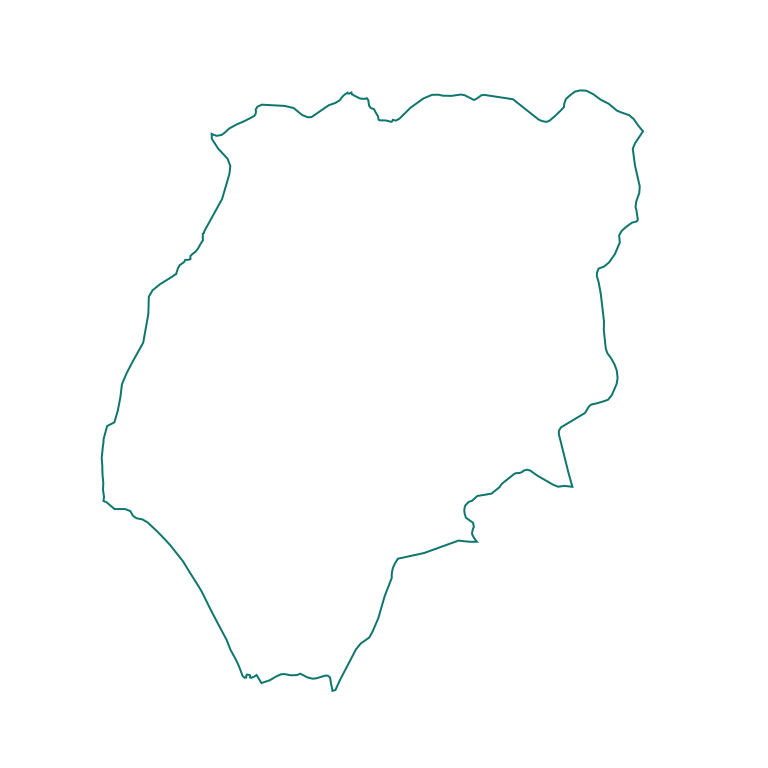 Carasova, Caras-Severin, Romania (Equal Earth projection), rotated 261°
{"feature_id": "2599482B41330185551696", "entity_name": "Carasova", "entity_type": "district", "adm_level": 2, "iso_a3": "ROU", "parent_name": "Romania", "parent_adm1": "Caras-Severin", "projection": "equal_earth", "projection_center": [21.908, 45.181], "detail": "fine", "context": "isolated", "style": "outline", "palette": "teal", "viewbox_px": 768, "rotation_deg": 261, "n_neighbors": 0, "source": "geoboundaries", "source_scale": "gbopen_adm2", "svg_char_len": 4551}
<svg xmlns="http://www.w3.org/2000/svg" viewBox="0 0 768 768"><g transform="rotate(261 384 384)"><path d="M642.1,629.6L643.3,623.6L642.9,618.2L640.4,613.5L637.2,608.5L636.9,608.3L635.2,607.2L633.3,606.2L631.3,605.5L629.3,605.0L626.7,601.6L624.2,598.1L621.8,594.6L619.6,591.0L618.0,588.3L617.5,585.5L618.1,583.5L618.9,581.5L620.0,579.6L621.3,577.8L645.1,555.9L654.0,527.8L653.9,525.1L652.8,523.2L651.9,521.3L651.1,519.4L650.4,517.4L656.7,508.7L657.9,505.1L658.0,495.8L659.6,487.0L661.2,483.1L662.1,476.7L659.9,467.7L652.7,453.4L648.2,447.1L643.7,440.8L642.3,436.9L643.5,434.0L642.7,433.5L641.9,432.9L641.9,431.7L643.4,428.7L644.3,425.8L644.7,423.0L645.3,420.6L646.1,420.0L647.4,420.0L648.5,420.0L649.0,420.0L649.6,419.9L652.8,418.5L657.0,417.1L657.8,415.7L658.6,414.2L661.2,412.8L666.8,412.9L669.0,411.7L668.6,410.8L668.9,408.4L669.3,406.2L669.8,405.2L670.3,404.1L671.9,402.0L673.2,400.0L674.7,398.4L675.1,397.6L676.0,397.6L677.0,397.4L676.6,396.2L676.2,395.4L676.5,394.5L676.7,393.6L677.4,393.5L676.3,391.0L675.5,389.6L674.5,388.2L673.5,387.0L672.3,385.8L671.7,385.2L671.1,384.6L669.2,379.9L668.0,373.2L666.1,369.1L659.0,354.2L659.3,350.6L662.4,345.3L670.7,337.9L674.2,329.4L679.0,307.0L677.7,302.4L675.2,300.2L674.2,300.2L673.1,300.1L672.1,299.9L671.1,299.5L670.6,299.3L669.1,297.8L667.4,293.1L665.9,288.5L664.6,283.8L663.4,279.0L660.6,271.2L659.2,269.1L657.8,267.0L656.5,264.8L655.4,262.6L655.3,257.5L656.8,254.7L658.0,252.9L653.1,252.3L642.5,257.0L630.8,264.8L623.3,266.3L615.7,264.2L592.0,253.0L563.0,230.4L561.4,229.9L560.9,228.6L557.7,228.0L554.3,227.7L551.2,224.8L547.2,221.8L544.2,218.6L542.4,215.2L540.8,212.9L538.8,212.4L537.6,212.3L537.3,209.8L537.7,207.1L535.7,205.6L533.2,200.5L532.2,200.0L530.6,198.6L529.1,197.9L526.6,196.6L525.0,195.8L524.5,194.0L523.9,193.2L517.5,178.2L512.8,170.1L507.1,165.4L490.0,162.2L462.4,152.6L445.9,139.6L434.7,131.3L424.7,125.1L420.4,123.9L412.0,121.5L398.8,116.7L391.5,113.2L388.3,111.7L385.8,104.0L382.4,102.4L373.6,98.5L369.9,97.7L366.1,96.5L362.2,95.5L355.1,93.6L346.4,92.9L344.2,92.5L337.4,91.7L330.3,91.3L323.4,89.9L316.2,89.8L312.3,88.6L310.7,91.4L302.6,98.3L301.0,108.7L298.1,113.6L293.2,115.4L290.2,118.4L288.0,124.3L284.1,129.0L279.2,132.8L274.0,136.8L268.6,140.7L263.2,144.4L257.6,148.0L240.2,157.8L229.2,162.3L223.9,164.6L213.4,169.1L208.0,171.3L186.3,178.1L172.7,182.7L159.1,187.4L156.3,188.4L151.1,189.6L145.8,190.7L134.3,194.8L127.5,196.7L117.6,198.7L116.6,199.6L115.6,200.5L115.7,202.0L116.6,202.3L117.6,202.3L118.4,203.1L117.9,204.9L117.3,206.0L115.8,206.0L115.3,205.7L114.5,206.9L115.0,208.3L115.0,209.5L116.5,212.6L107.8,216.2L109.3,225.0L111.8,231.1L113.4,236.8L113.1,240.2L110.8,246.7L110.1,252.6L111.0,255.9L108.7,259.1L106.3,262.3L104.1,267.4L103.9,271.2L105.2,280.5L104.9,281.8L104.6,283.0L102.6,284.8L96.6,284.8L92.8,285.0L89.0,285.1L89.4,288.2L98.8,294.4L126.4,314.9L131.3,320.4L135.9,329.8L141.6,334.2L153.7,341.8L174.4,351.5L191.2,361.3L193.9,361.7L196.6,362.4L199.2,363.3L201.7,364.5L203.4,365.6L205.6,367.2L207.5,368.8L209.3,370.5L210.8,397.1L217.7,433.1L216.4,437.6L215.3,442.0L215.2,442.2L214.3,446.6L213.7,451.1L215.7,449.9L217.8,448.9L220.0,448.1L222.3,447.5L224.0,448.0L225.7,448.6L227.3,449.4L228.8,450.4L233.0,450.2L239.0,444.1L242.9,443.4L244.0,443.4L245.1,443.4L246.2,443.5L247.3,443.7L248.3,444.0L249.3,444.3L250.3,444.8L251.3,445.3L254.3,449.2L254.9,452.7L258.8,458.7L258.9,473.0L264.2,482.2L265.2,483.0L266.1,483.8L266.9,484.8L267.6,485.8L274.9,498.7L275.3,500.7L275.1,501.9L275.0,503.0L275.0,504.2L275.1,505.3L275.4,506.4L276.6,508.5L277.0,511.8L275.7,514.8L269.1,521.6L258.1,535.2L255.3,539.9L255.2,546.0L253.0,554.0L267.4,552.3L303.4,549.2L304.6,549.0L305.7,548.9L307.0,548.9L308.2,549.0L309.4,549.2L310.6,549.5L313.5,552.0L324.0,578.1L328.5,581.8L329.3,582.5L329.9,583.2L330.4,583.9L330.8,584.7L331.2,585.5L331.3,585.7L331.6,590.6L332.0,594.5L332.6,598.6L333.4,602.8L337.4,607.3L347.7,613.8L353.5,615.7L361.0,616.0L367.1,614.8L367.7,614.6L370.8,613.5L373.8,612.3L376.7,610.9L379.6,609.4L384.0,608.6L402.7,609.5L411.7,611.1L439.0,612.2L451.0,611.9L457.4,611.1L460.6,611.8L464.4,614.0L465.6,619.7L468.8,625.2L476.1,632.3L486.8,639.0L494.1,639.5L497.9,642.6L499.5,644.9L501.0,647.3L502.3,649.7L503.6,652.2L504.6,654.4L505.0,658.9L506.4,660.4L516.3,660.5L519.2,660.1L524.6,661.6L532.7,666.0L539.3,667.5L560.3,666.1L577.5,666.5L582.6,669.7L593.1,679.4L596.3,677.4L599.6,675.5L603.0,673.8L606.5,672.2L611.2,668.2L612.7,665.3L614.3,662.4L615.9,659.5L617.7,656.7L625.6,649.8L631.0,642.4L637.6,635.9L642.1,629.6Z" fill="none" stroke="#0f766e" stroke-width="2"/></g></svg>